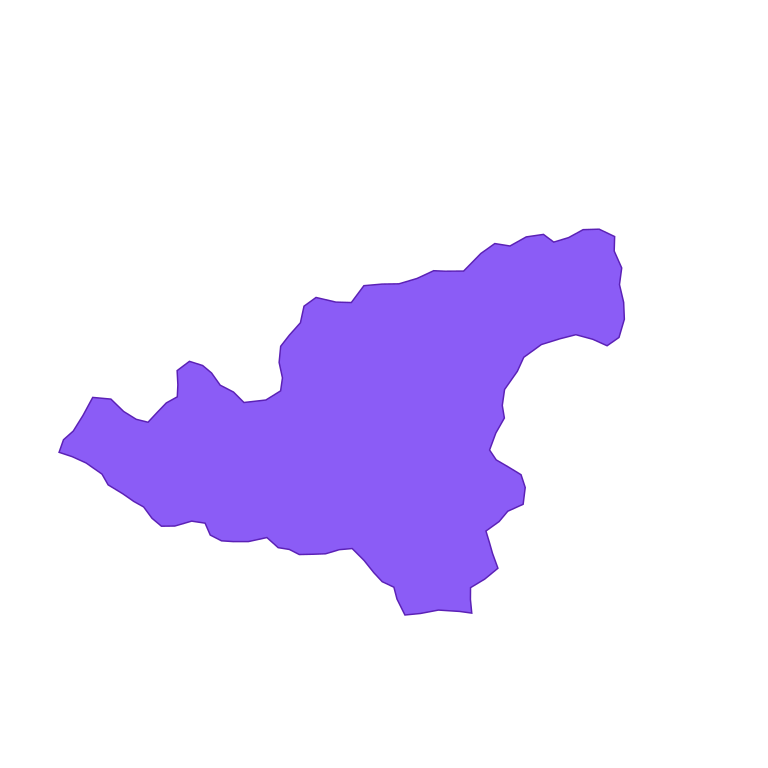 outline of São Sebastião da Vargem Alegre, Minas Gerais, Brazil, rotated 40°
{"feature_id": "56859067B17307999263645", "entity_name": "São Sebastião da Vargem Alegre", "entity_type": "district", "adm_level": 2, "iso_a3": "BRA", "parent_name": "Brazil", "parent_adm1": "Minas Gerais", "projection": "mercator", "projection_center": [-42.601, -21.015], "detail": "fine", "context": "isolated", "style": "filled", "palette": "violet", "viewbox_px": 768, "rotation_deg": 40, "n_neighbors": 0, "source": "geoboundaries", "source_scale": "gbopen_adm2", "svg_char_len": 1550}
<svg xmlns="http://www.w3.org/2000/svg" viewBox="0 0 768 768"><g transform="rotate(40 384 384)"><path d="M349.2,265.3L341.4,282.0L331.0,297.7L318.4,308.6L305.4,321.6L306.6,342.6L294.5,352.2L276.3,361.4L272.7,375.8L280.6,390.8L280.1,407.5L280.6,421.5L289.8,434.9L302.3,444.6L309.2,455.7L303.8,472.2L288.6,488.2L273.9,486.9L259.3,490.2L244.8,486.4L233.2,486.4L220.4,491.7L216.9,506.7L226.6,517.1L233.9,526.7L229.4,538.4L228.5,551.6L227.8,565.0L216.9,570.3L202.2,572.4L184.5,571.1L169.5,581.5L173.6,601.5L176.2,619.8L174.3,632.7L179.0,645.2L191.8,640.1L206.5,636.0L225.9,634.3L237.5,638.6L254.5,636.0L267.8,634.8L278.9,632.7L292.6,636.0L304.9,636.0L315.1,627.2L324.8,612.7L336.4,605.6L348.0,611.4L360.3,608.6L370.0,601.5L381.4,591.9L393.0,576.9L408.1,577.4L417.8,571.6L428.7,569.1L439.2,559.9L448.4,551.6L456.2,539.7L465.4,530.5L482.2,532.0L497.6,535.1L509.7,536.6L522.2,533.3L532.2,540.4L548.5,547.5L559.4,536.4L571.0,522.2L588.0,509.7L598.5,503.1L588.7,493.5L581.2,484.4L586.6,468.6L589.7,451.9L576.0,444.0L566.7,437.7L556.6,431.1L560.6,415.4L560.6,401.9L567.9,386.7L558.7,372.5L547.3,365.4L533.4,367.5L518.7,370.0L507.3,366.7L501.2,349.7L498.1,332.7L488.4,324.4L479.9,310.7L478.0,288.6L473.9,273.7L479.2,252.6L489.6,236.4L499.3,222.9L515.1,215.6L530.3,211.3L534.1,197.3L526.5,179.9L515.1,167.4L500.5,156.5L491.5,142.3L474.9,134.2L465.9,122.8L449.3,127.1L437.3,137.8L431.3,153.2L422.8,166.2L410.0,166.9L398.4,179.9L391.8,197.3L378.6,205.2L374.3,221.7L372.4,246.3L358.2,258.4L349.2,265.3Z" fill="#8b5cf6" stroke="#5b21b6" stroke-width="1.5"/></g></svg>